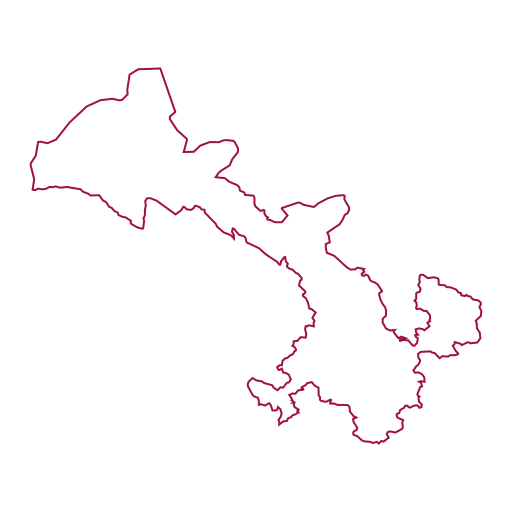 SVG path tracing the border of Gansu
{"feature_id": "CHN-1150", "entity_name": "Gansu", "entity_type": "Province", "adm_level": 1, "iso_a3": "CHN", "parent_name": "China", "parent_adm1": "", "projection": "albers", "projection_center": [103.309, 37.691], "detail": "fine", "context": "isolated", "style": "outline", "palette": "rose", "viewbox_px": 512, "rotation_deg": 0, "n_neighbors": 0, "source": "natural_earth", "source_scale": "10m", "svg_char_len": 6094}
<svg xmlns="http://www.w3.org/2000/svg" viewBox="0 0 512 512"><path d="M138.2,69.3L160.3,68.5L175.3,111.9L170.0,116.5L169.8,119.0L177.1,130.1L186.8,138.9L186.9,140.3L183.7,152.0L193.8,151.8L200.3,145.6L209.6,142.1L218.9,142.2L223.6,140.3L226.4,140.1L233.1,140.8L234.5,141.8L237.8,147.8L238.1,150.4L237.6,152.5L232.3,159.2L229.7,165.3L221.4,170.5L218.7,172.8L215.7,177.2L224.9,178.2L229.3,181.8L237.4,185.2L239.2,187.2L240.0,190.6L244.3,192.5L245.1,194.9L253.6,195.7L254.5,197.9L254.4,203.2L255.2,206.1L260.0,210.6L261.6,210.9L263.2,209.9L264.5,210.4L264.3,213.2L265.9,216.1L267.9,217.3L267.1,218.8L267.4,219.5L270.0,219.9L274.7,222.2L281.8,222.3L287.5,215.5L281.8,208.6L282.0,208.0L297.9,202.6L299.6,202.6L303.5,204.8L313.9,207.0L318.7,203.1L327.9,198.3L335.9,195.8L343.6,195.2L344.6,195.7L344.4,199.5L349.1,207.4L349.1,209.9L347.6,213.1L344.7,215.0L342.5,220.0L339.5,224.3L327.3,232.6L328.7,235.7L329.8,242.3L325.8,244.0L325.8,247.7L326.8,252.8L334.2,255.8L346.6,267.1L350.6,269.6L355.2,269.3L357.2,267.7L364.1,268.9L363.1,270.2L364.3,271.8L361.7,273.8L361.9,275.2L363.8,276.0L365.6,274.6L368.2,275.7L370.1,280.0L371.5,281.3L375.1,282.6L377.7,284.5L381.9,290.8L382.0,291.4L379.3,293.1L379.1,294.6L380.6,299.8L382.9,304.4L385.2,307.3L386.1,311.0L385.9,315.8L382.8,318.6L382.6,322.5L386.0,328.5L389.9,330.5L394.7,330.0L393.6,331.1L393.8,332.3L398.0,337.8L398.9,338.0L401.1,336.6L405.3,338.1L400.1,339.4L399.7,340.1L400.1,340.9L403.1,340.0L408.3,340.4L412.5,345.4L414.4,345.8L416.9,343.1L417.6,340.4L417.7,337.9L415.8,336.9L415.2,335.2L418.0,334.7L416.1,332.6L415.7,329.3L419.2,328.4L423.1,329.3L424.3,330.3L429.5,326.3L427.4,322.7L430.1,321.1L429.3,320.1L430.1,319.0L429.9,315.2L426.4,310.8L424.0,311.0L420.0,308.6L416.7,309.1L416.0,307.6L416.8,305.9L416.4,302.6L414.5,300.6L416.2,299.1L416.2,293.4L417.6,292.2L419.5,292.1L420.5,289.6L420.4,288.3L418.2,284.9L419.9,282.1L419.3,279.8L419.8,275.7L420.5,274.9L422.8,274.7L427.9,278.1L433.8,277.3L437.3,278.1L438.5,279.1L438.8,284.8L445.0,285.3L446.5,287.1L450.8,287.4L456.4,289.7L458.4,292.5L460.9,293.1L461.2,295.2L464.7,296.1L466.4,294.9L467.4,295.9L470.5,296.6L472.8,299.4L478.2,300.4L480.7,302.5L480.8,304.5L479.4,306.9L481.3,310.9L480.9,315.9L475.7,320.9L476.8,323.6L476.9,328.3L479.7,332.4L480.4,338.3L477.3,342.5L470.4,343.3L468.7,342.3L467.0,342.5L461.7,345.2L460.6,343.8L454.7,342.1L454.5,344.3L452.8,345.7L455.6,350.7L458.2,353.5L457.9,354.3L454.8,355.3L450.2,355.1L448.1,356.6L442.5,356.2L439.6,358.2L434.7,353.1L431.6,352.4L430.6,351.4L420.7,351.9L418.1,354.0L418.4,357.6L420.1,360.2L419.9,361.6L418.3,364.8L416.4,366.1L413.4,370.4L415.0,372.7L418.6,372.4L421.9,374.1L424.3,377.3L424.6,381.8L420.9,381.2L419.2,381.7L420.9,382.6L422.1,386.3L420.2,387.0L417.4,394.2L417.8,395.7L419.5,396.6L418.5,398.1L418.9,401.4L421.8,404.6L421.4,407.2L419.3,407.8L417.9,405.7L416.8,405.3L413.8,405.7L410.2,407.6L408.6,407.2L407.5,405.7L405.1,405.8L403.9,407.9L400.3,409.9L399.1,413.1L396.8,414.0L396.6,415.6L397.6,417.7L403.1,420.1L402.3,422.4L402.8,427.0L402.3,428.7L395.6,432.5L389.9,431.4L387.8,432.1L386.7,434.1L388.7,437.7L383.6,441.6L381.3,441.0L378.8,443.5L376.8,441.9L372.8,443.0L370.1,441.8L364.5,441.4L361.8,440.3L357.1,436.0L353.8,435.0L353.1,433.4L353.5,431.9L354.5,430.8L356.5,430.3L357.3,427.8L353.6,422.1L353.1,418.9L356.3,417.5L353.4,416.0L349.8,411.4L349.7,407.8L348.8,406.0L347.3,405.0L337.4,404.9L333.7,403.4L330.3,403.7L330.0,403.0L331.1,400.0L330.6,399.6L326.0,401.8L321.1,400.9L319.9,399.8L320.1,397.2L318.7,395.6L318.5,387.7L314.6,385.5L311.7,382.1L307.2,383.2L305.5,385.2L301.9,387.1L301.5,387.9L303.3,389.0L303.3,389.7L298.0,390.4L295.4,393.8L292.5,393.5L289.3,394.9L292.1,399.2L291.5,400.2L293.9,401.9L292.8,402.8L294.4,402.8L293.8,405.4L294.7,407.1L298.5,409.6L297.7,410.2L298.5,412.3L297.7,412.1L297.9,412.6L295.6,414.3L292.6,415.2L291.1,417.2L288.2,418.1L286.8,421.0L283.4,421.3L279.2,424.5L279.4,422.3L278.5,419.9L280.5,417.1L281.6,413.7L280.4,409.2L277.8,407.0L277.2,409.7L275.1,410.6L272.5,410.4L270.8,405.2L269.2,403.2L265.1,405.5L260.7,404.2L258.9,404.8L258.8,400.4L257.8,397.7L254.2,396.5L252.4,394.7L248.0,386.4L247.7,384.5L248.5,381.9L252.5,378.1L256.2,380.3L262.0,381.4L264.0,383.0L271.4,385.0L272.6,385.6L273.6,387.7L277.6,390.2L280.4,387.3L283.1,387.6L286.9,382.8L288.9,382.4L290.8,379.6L288.9,374.8L286.6,373.3L283.2,372.5L281.9,368.7L279.5,370.0L278.3,369.7L277.2,367.1L280.0,365.1L281.8,365.3L282.6,360.8L284.9,358.6L287.2,358.0L290.5,355.2L292.6,354.5L294.3,351.6L295.9,350.3L295.9,349.2L294.2,346.6L292.5,346.0L293.7,343.8L293.7,341.3L297.5,340.8L300.7,337.2L305.7,337.6L306.3,334.2L305.1,329.2L305.7,326.2L307.1,326.4L308.3,325.4L309.7,325.4L313.8,326.4L313.6,322.8L314.5,320.7L312.4,317.9L315.7,312.5L311.5,309.1L309.3,308.5L307.9,302.3L305.8,298.2L302.9,295.9L302.9,294.4L305.2,293.1L305.3,291.4L299.0,285.5L300.1,280.7L301.6,279.6L301.7,278.0L298.1,273.8L295.9,272.9L292.0,269.3L290.0,269.0L287.1,266.9L286.9,265.7L287.9,263.9L285.9,261.4L285.1,257.0L284.3,257.2L281.1,261.2L280.3,264.6L279.2,264.6L277.2,261.9L265.9,254.4L259.0,248.2L247.4,242.8L246.4,241.9L245.6,238.2L244.5,236.5L238.9,234.7L233.7,228.5L232.7,228.5L232.0,231.8L233.9,235.2L233.9,238.6L231.7,236.0L229.5,234.6L223.9,232.5L217.2,226.8L215.6,223.6L204.9,212.7L204.5,209.8L201.5,209.4L200.0,207.4L196.2,205.8L195.0,205.8L193.7,208.1L191.0,209.9L186.5,209.3L184.9,207.3L183.3,206.8L181.4,210.0L175.6,214.4L156.5,200.6L150.4,198.2L146.9,198.4L145.2,201.2L145.8,205.3L144.9,210.2L144.9,214.6L144.4,216.8L143.5,217.8L144.1,221.0L143.3,227.5L142.9,228.5L141.9,228.7L137.4,227.4L131.5,224.1L130.7,223.2L131.0,220.9L125.4,217.3L122.8,217.0L118.6,215.1L117.7,212.6L114.3,210.9L111.6,207.8L109.2,206.9L106.1,202.1L102.9,200.4L99.2,195.2L90.5,195.5L88.2,193.7L82.9,191.7L80.5,189.3L67.2,187.0L60.0,187.7L55.5,186.4L52.9,187.2L49.4,186.9L46.3,188.7L42.2,189.4L38.2,188.6L35.1,190.1L32.6,189.7L34.2,179.3L30.7,165.4L30.7,163.5L35.8,155.6L38.1,142.0L40.7,141.7L47.5,143.2L55.9,139.7L69.7,122.3L86.8,106.4L100.4,100.2L112.3,98.8L119.8,100.4L122.3,99.7L127.6,94.3L127.3,89.7L129.6,74.6L138.2,69.3Z" fill="none" stroke="#9f1239" stroke-width="2"/></svg>